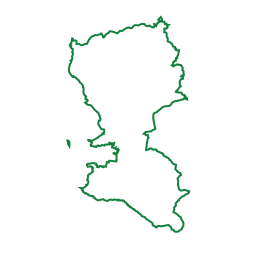 outline of Probolinggo, Jawa Timur, Indonesia, rotated 265°
{"feature_id": "22746128B57336658570108", "entity_name": "Probolinggo", "entity_type": "district", "adm_level": 2, "iso_a3": "IDN", "parent_name": "Indonesia", "parent_adm1": "Jawa Timur", "projection": "natural_earth1", "projection_center": [113.292, -7.852], "detail": "fine", "context": "isolated", "style": "outline", "palette": "green", "viewbox_px": 256, "rotation_deg": 265, "n_neighbors": 0, "source": "geoboundaries", "source_scale": "gbopen_adm2", "svg_char_len": 5823}
<svg xmlns="http://www.w3.org/2000/svg" viewBox="0 0 256 256"><g transform="rotate(265 128 128)"><path d="M229.7,166.2L227.3,165.0L229.0,164.0L229.3,163.1L227.0,163.3L225.9,162.1L227.1,159.4L228.2,158.4L227.7,156.9L227.9,155.7L228.6,154.3L230.1,153.6L230.5,150.7L229.3,147.3L229.8,144.5L229.6,143.1L227.1,140.3L227.3,138.7L228.1,137.9L227.8,135.4L225.2,130.7L225.5,128.5L223.3,125.6L225.3,121.2L226.0,118.2L224.3,116.8L224.4,116.4L222.9,114.0L220.2,111.7L220.6,111.1L223.0,110.7L224.4,109.5L223.8,109.2L223.6,106.7L223.1,106.0L223.4,103.5L222.1,99.6L219.7,97.1L215.5,94.5L215.5,92.4L214.3,89.6L214.6,88.5L216.1,86.4L216.3,84.0L219.1,84.2L219.8,83.2L219.8,80.7L221.6,80.9L222.0,80.2L217.4,78.9L217.2,78.1L215.7,77.3L215.2,78.5L214.5,78.0L214.5,78.4L213.9,78.1L212.1,78.6L211.8,79.8L210.4,79.8L208.3,79.0L208.0,79.6L206.3,79.6L204.0,78.4L202.5,78.6L200.9,78.1L200.1,77.7L200.6,77.3L200.4,77.0L200.2,77.5L197.2,76.4L196.8,75.7L192.6,74.4L189.8,74.2L188.0,74.6L183.8,77.2L183.5,78.3L184.1,78.0L184.3,78.2L183.5,78.7L182.9,80.4L181.5,81.2L179.2,83.6L177.7,83.8L177.1,84.7L174.1,86.9L172.2,86.7L171.7,87.3L167.4,86.7L165.6,87.0L164.4,87.6L163.1,89.1L161.7,88.2L160.4,88.2L160.0,89.7L159.0,90.3L157.9,89.5L157.0,87.5L154.7,89.8L154.0,92.7L152.7,94.0L149.4,96.1L146.3,98.9L146.0,99.7L143.1,100.4L142.8,100.9L141.2,100.8L139.6,101.5L137.9,100.8L138.0,99.8L137.1,99.3L134.5,98.7L129.1,101.4L128.7,104.0L128.3,104.1L126.0,103.9L125.4,103.6L124.9,102.2L124.4,102.7L124.4,102.0L123.7,101.8L121.9,97.9L121.3,97.6L118.7,92.0L118.6,89.7L119.5,88.4L119.3,87.3L118.5,87.9L118.2,89.4L117.8,90.0L117.3,89.9L116.8,90.8L115.2,90.2L114.9,89.5L113.8,89.6L113.5,88.7L113.0,91.6L112.4,92.4L111.9,94.5L112.7,94.7L112.8,96.6L113.2,96.8L112.6,98.1L112.6,99.5L113.4,100.5L112.5,103.0L113.4,103.4L113.3,106.2L113.9,107.9L115.0,108.2L114.3,109.9L113.4,109.3L114.3,112.9L112.2,112.2L111.9,110.8L110.1,110.4L110.0,111.5L109.0,112.5L109.6,114.0L108.8,113.6L108.2,113.9L107.2,115.3L107.6,115.6L107.1,115.8L107.4,116.1L107.0,116.1L107.4,116.7L107.1,116.9L104.7,115.7L104.9,115.1L103.6,114.8L103.8,113.1L104.4,112.4L104.3,111.6L103.8,111.4L102.3,114.2L96.7,113.8L96.7,113.5L95.7,113.3L97.0,106.9L96.9,106.2L95.3,105.8L95.9,104.0L91.4,102.6L91.8,100.7L91.4,100.5L91.5,100.0L91.1,99.9L91.2,99.5L91.7,99.7L92.2,98.6L92.6,96.4L91.5,95.6L92.0,93.7L93.6,94.0L93.9,93.2L94.4,93.3L94.5,93.9L94.7,92.9L95.1,93.0L96.1,90.9L96.0,87.6L95.6,86.2L96.0,85.4L95.4,83.9L94.6,83.8L92.9,84.6L93.1,87.3L92.4,88.7L91.9,88.6L91.2,89.5L90.8,88.8L89.5,89.2L87.8,88.6L87.6,89.1L85.8,86.7L85.2,84.9L84.2,83.9L82.3,83.9L79.8,82.7L79.3,83.5L77.7,83.9L75.5,82.9L75.1,81.6L74.5,82.1L72.7,79.4L72.0,77.6L72.3,75.6L71.0,77.1L69.9,77.0L69.7,77.7L68.5,77.5L66.8,79.5L66.9,80.0L66.4,80.0L66.5,80.6L65.6,82.4L65.1,82.3L64.9,83.0L64.0,83.6L63.4,86.5L63.1,86.4L62.9,87.3L61.9,88.2L61.5,88.0L61.4,88.7L60.1,89.5L58.5,91.7L59.2,96.6L59.0,97.6L58.0,98.3L57.1,101.4L57.9,102.7L58.2,104.7L57.6,106.6L57.9,108.5L57.6,109.9L56.8,111.3L57.3,111.4L57.5,112.0L56.8,113.6L56.3,113.9L56.6,115.7L56.2,116.8L55.6,116.9L55.7,117.6L54.4,118.4L53.7,119.7L52.0,120.3L52.1,120.8L51.3,121.2L51.3,121.6L50.3,121.7L50.0,122.6L49.4,122.8L49.6,123.2L48.8,123.6L48.8,124.2L47.4,125.2L46.7,126.7L46.2,126.7L46.2,127.4L44.8,128.2L43.9,130.0L41.4,132.1L41.0,133.0L39.0,134.2L37.8,137.0L35.5,138.6L31.8,143.4L31.0,144.1L28.8,144.2L28.0,146.1L26.6,147.0L26.5,148.0L27.5,148.6L27.9,150.0L27.1,152.8L27.9,159.9L25.5,162.1L23.1,162.6L22.5,164.6L21.3,165.0L20.7,165.7L20.3,167.9L20.4,168.7L22.6,172.7L24.0,173.2L25.0,174.4L27.9,175.0L29.8,174.6L33.1,172.9L34.5,172.9L35.8,171.1L38.6,168.6L40.2,165.9L42.6,167.0L44.8,167.0L46.4,168.9L48.8,169.0L51.5,171.9L51.6,172.5L52.9,173.0L55.2,176.3L55.4,177.7L56.6,179.4L57.4,181.8L58.4,183.1L59.6,183.4L61.4,179.1L61.0,175.3L61.7,174.3L63.0,173.4L67.7,172.9L70.2,173.4L73.4,173.0L76.1,175.6L76.6,176.8L78.5,176.3L79.4,174.4L83.0,171.5L87.0,172.7L88.5,169.7L92.1,167.6L92.6,166.5L93.7,166.3L95.4,164.4L95.4,163.7L96.1,163.3L96.0,162.9L96.8,161.7L97.8,161.3L97.8,160.9L98.5,160.5L98.9,160.8L99.6,160.4L102.3,155.0L102.9,155.1L103.4,154.3L104.1,154.2L104.3,152.4L104.1,151.7L104.5,150.4L105.3,150.0L105.8,148.6L105.5,147.5L104.9,147.3L104.5,144.1L112.0,145.6L116.4,147.1L116.7,147.6L117.4,147.0L119.3,147.2L119.6,144.9L120.8,144.5L121.0,143.4L122.5,145.2L122.7,151.0L123.5,151.8L124.7,155.1L134.8,154.0L138.8,154.4L139.9,154.8L140.8,155.9L140.9,157.2L141.9,158.9L145.8,164.4L146.3,166.0L146.4,171.3L147.7,172.9L149.5,174.2L150.6,177.2L151.1,182.4L151.7,183.7L151.5,184.7L152.5,187.1L151.3,189.4L152.4,189.4L152.4,188.7L153.1,188.4L153.3,187.7L153.8,187.9L153.9,187.2L155.0,187.7L156.1,186.9L156.3,186.2L156.0,185.9L157.3,184.6L158.5,184.5L159.0,181.1L159.8,178.8L161.1,179.7L161.4,180.7L164.1,182.7L165.0,184.3L166.5,183.3L170.0,183.6L172.3,185.3L172.1,186.7L172.4,187.1L174.0,187.1L174.9,185.5L175.8,186.8L175.6,188.1L176.4,188.4L178.4,188.0L179.9,188.3L181.2,187.1L182.3,187.7L183.8,187.5L186.0,186.3L186.4,185.5L186.5,183.6L187.0,183.3L187.1,182.7L186.2,180.0L185.4,178.6L186.6,177.1L187.4,178.5L189.5,178.7L189.7,179.4L190.1,179.4L190.7,180.5L190.8,181.5L192.4,181.7L192.8,182.3L192.9,181.8L193.8,182.2L194.3,183.0L196.8,184.5L201.0,185.6L200.9,184.1L201.6,182.5L202.5,182.9L202.9,182.0L203.2,182.4L203.5,182.0L204.3,181.9L204.2,181.5L205.1,180.9L205.4,179.9L208.3,179.1L209.0,177.9L209.8,177.4L210.8,175.0L213.7,175.5L215.2,174.5L218.8,174.7L219.6,174.5L220.3,172.4L222.3,172.9L223.4,172.6L223.8,172.9L223.9,175.1L224.3,175.9L224.8,176.2L226.7,175.7L226.6,176.6L227.0,177.2L227.1,176.2L228.5,175.4L228.3,173.9L230.7,173.4L230.9,171.3L234.2,171.2L235.7,170.3L233.3,167.7L231.5,170.1L231.2,169.3L231.4,168.3L230.6,168.1L230.5,167.1L229.7,166.6L229.7,166.2ZM120.8,66.6L117.3,67.0L115.1,68.0L117.4,68.4L119.6,68.2L120.5,67.7L120.8,66.6Z" fill="none" stroke="#15803d" stroke-width="2"/></g></svg>